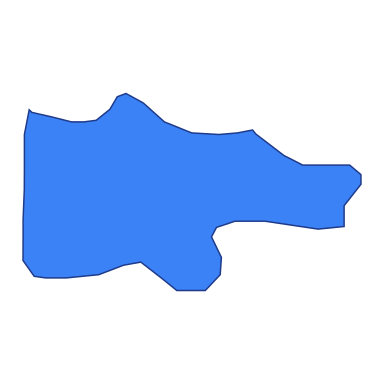 the Unitary District (city) of Glasgow
{"feature_id": "GBR-2004", "entity_name": "Glasgow", "entity_type": "Unitary District (city)", "adm_level": 1, "iso_a3": "GBR", "parent_name": "United Kingdom", "parent_adm1": "", "projection": "robinson", "projection_center": [-4.241, 55.85], "detail": "fine", "context": "isolated", "style": "filled", "palette": "blue", "viewbox_px": 384, "rotation_deg": 0, "n_neighbors": 0, "source": "natural_earth", "source_scale": "10m", "svg_char_len": 711}
<svg xmlns="http://www.w3.org/2000/svg" viewBox="0 0 384 384"><path d="M24.4,171.4L24.4,164.4L24.4,134.5L29.2,109.8L31.9,112.4L52.9,117.2L71.5,121.9L83.8,121.9L96.2,120.3L109.9,109.3L117.3,96.7L126.0,93.5L143.3,103.0L164.4,121.9L191.6,132.9L218.9,134.5L237.5,132.9L252.6,130.0L255.8,134.0L283.9,155.5L302.7,165.1L329.0,165.1L349.7,165.1L360.9,174.6L361.0,184.2L344.1,205.7L344.1,226.5L318.1,229.1L264.8,221.2L235.0,221.2L216.5,227.4L211.5,236.9L221.4,257.4L220.2,274.7L205.3,290.5L176.8,290.5L163.2,279.5L160.3,277.2L140.8,262.1L123.5,265.2L98.7,274.7L66.4,277.9L45.4,277.9L34.2,276.3L23.0,260.5L23.1,238.6L23.1,236.9L23.1,219.6L24.3,189.6L24.4,171.4Z" fill="#3b82f6" stroke="#1e3a8a" stroke-width="1.5"/></svg>